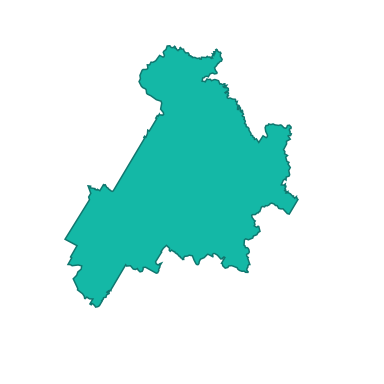 Wollondilly, New South Wales, Australia (Robinson projection), rotated 111°
{"feature_id": "25037944B50548000085953", "entity_name": "Wollondilly", "entity_type": "district", "adm_level": 2, "iso_a3": "AUS", "parent_name": "Australia", "parent_adm1": "New South Wales", "projection": "robinson", "projection_center": [150.422, -34.07], "detail": "fine", "context": "isolated", "style": "filled", "palette": "teal", "viewbox_px": 384, "rotation_deg": 111, "n_neighbors": 0, "source": "geoboundaries", "source_scale": "gbopen_adm2", "svg_char_len": 5986}
<svg xmlns="http://www.w3.org/2000/svg" viewBox="0 0 384 384"><g transform="rotate(111 192 192)"><path d="M104.0,120.2L102.1,120.1L101.9,121.6L100.1,122.2L99.9,123.0L98.7,123.5L97.6,123.2L97.3,122.4L95.9,122.7L94.7,125.0L95.7,126.7L97.6,126.7L98.9,127.3L99.1,129.2L97.6,132.4L97.7,133.5L98.8,135.0L99.6,138.6L99.4,140.7L100.8,142.5L101.0,144.8L102.5,144.9L103.4,146.7L105.7,146.8L109.0,144.9L111.9,141.9L113.4,141.5L114.7,142.2L114.1,145.8L121.8,147.4L119.3,151.0L120.5,152.5L118.9,153.5L118.9,154.7L117.6,155.7L117.7,157.5L116.2,157.9L114.0,160.8L112.2,161.7L111.5,163.2L111.6,164.8L109.5,165.8L109.2,167.5L107.0,167.5L106.0,168.4L105.6,169.6L104.8,169.4L103.3,170.1L103.3,171.8L102.8,172.5L100.9,171.8L100.0,173.0L99.7,174.3L98.9,173.5L98.2,173.8L97.7,174.6L98.9,175.3L99.0,175.9L96.2,176.9L95.8,177.6L96.7,178.2L98.3,178.1L98.6,179.1L96.1,179.9L95.0,178.5L94.4,179.1L94.5,181.1L94.0,181.9L91.3,182.2L91.9,182.8L91.8,183.7L90.6,184.1L89.9,184.9L90.7,187.3L90.6,190.1L91.5,191.4L91.5,192.7L90.4,193.4L89.1,192.5L88.7,193.8L87.1,193.2L86.4,193.5L85.9,194.8L87.7,196.1L87.4,196.8L85.5,195.7L84.4,194.3L82.4,195.2L82.1,196.2L82.9,199.4L82.6,200.5L81.8,199.9L81.6,198.1L79.9,197.8L81.1,199.5L79.2,200.1L79.5,200.9L80.8,201.6L80.6,203.8L81.2,204.7L78.6,207.1L78.7,210.4L79.0,211.4L81.1,213.7L80.2,215.3L81.3,217.4L81.1,218.5L84.5,219.2L84.3,220.2L85.0,222.2L81.8,222.9L81.0,221.7L79.5,221.1L78.5,219.4L78.7,218.1L75.1,217.4L73.5,215.3L73.7,213.3L72.4,211.3L71.4,211.5L70.1,213.6L67.9,215.5L65.3,214.4L62.7,214.0L62.6,213.5L60.3,212.7L59.3,211.4L57.3,211.4L55.4,214.0L53.0,215.0L52.2,214.6L51.3,215.6L51.8,216.8L51.4,218.3L50.2,219.5L50.0,220.3L50.7,220.8L51.2,220.2L52.6,220.4L53.2,221.8L53.7,221.3L54.5,221.5L54.2,220.6L54.7,220.2L55.2,220.5L55.2,221.2L55.7,221.1L55.8,222.2L56.8,220.7L57.2,221.7L58.6,221.9L59.4,221.1L59.4,221.6L60.0,221.6L59.8,222.0L60.2,222.7L59.5,223.5L60.3,225.4L59.9,226.4L61.4,227.0L62.8,231.4L64.7,231.0L65.0,232.4L64.2,232.9L65.5,235.1L65.3,237.5L66.3,239.7L65.7,240.0L65.9,241.5L65.3,241.8L65.6,243.8L64.5,244.0L63.5,245.4L64.4,247.9L62.9,250.3L61.7,251.1L62.3,252.9L61.2,254.5L61.6,254.9L63.3,254.5L64.2,255.7L65.0,255.8L64.4,257.6L63.6,258.1L63.8,259.3L62.6,259.5L62.2,260.5L63.7,261.1L64.3,262.1L64.5,263.5L63.4,265.1L64.6,267.5L68.2,267.3L70.8,268.8L71.9,268.9L74.4,266.7L75.9,266.7L76.5,267.4L76.1,271.2L82.5,272.9L84.9,274.9L85.5,276.8L88.5,277.1L89.3,279.3L91.9,277.7L92.9,277.7L93.9,278.5L95.2,281.6L96.2,282.2L101.8,282.4L104.8,280.7L107.9,281.0L111.4,277.2L112.2,275.4L112.4,272.4L112.9,271.5L116.0,269.8L116.6,268.7L116.9,264.8L118.6,258.4L118.3,253.5L119.9,252.1L125.9,251.0L128.1,247.2L129.8,246.3L130.9,246.9L130.8,247.7L131.2,248.0L131.5,250.0L131.0,250.4L133.6,250.8L133.2,251.8L136.0,252.3L136.2,251.2L150.4,253.7L150.1,255.5L153.5,254.5L157.2,254.6L156.9,256.3L158.4,256.5L158.6,255.5L219.1,265.9L220.1,266.8L219.8,269.0L219.2,269.7L219.3,270.7L218.3,272.1L218.3,273.2L216.3,275.6L216.6,276.2L217.5,276.4L217.0,277.3L223.8,278.5L223.4,281.3L224.2,281.4L224.4,283.6L223.6,283.8L224.6,288.3L222.9,288.7L223.5,291.2L229.5,286.0L233.7,286.7L236.0,284.9L281.6,293.6L283.3,280.1L296.2,282.1L296.6,280.7L304.1,281.8L303.4,279.6L303.8,277.5L300.9,272.1L300.5,268.5L303.8,267.8L307.5,269.9L311.1,269.8L315.6,271.8L323.0,264.1L324.4,263.8L326.2,257.7L328.1,255.1L329.8,254.1L329.8,253.5L327.8,252.5L328.5,249.4L327.4,246.2L333.1,247.2L333.4,245.7L332.0,245.5L331.9,245.0L332.8,242.4L334.0,240.7L332.8,238.8L331.3,237.7L325.9,236.8L325.7,237.3L324.1,236.5L322.4,236.7L321.1,234.6L318.7,234.9L316.5,233.0L315.9,233.5L316.3,235.2L316.1,235.6L314.3,234.5L315.3,233.5L313.4,233.5L313.2,232.3L312.1,232.6L283.7,227.8L284.6,226.6L282.9,223.0L285.0,219.2L284.6,217.0L283.0,215.5L284.2,214.3L285.2,211.9L283.9,210.1L282.0,209.9L279.9,210.5L278.9,208.4L280.6,196.3L279.8,195.1L277.2,194.8L276.2,195.4L273.6,195.1L272.1,195.5L269.3,195.0L270.9,196.7L272.0,197.0L272.2,197.8L271.9,199.6L270.2,201.0L259.0,198.8L258.7,199.5L254.8,198.6L251.0,196.7L252.6,192.8L254.5,192.4L255.2,191.1L253.5,190.2L254.2,187.7L253.9,186.8L254.7,186.0L255.2,184.2L254.9,183.9L256.6,180.9L256.5,179.9L257.4,179.3L257.5,177.6L258.4,176.7L257.9,175.6L256.8,176.2L254.8,175.9L253.3,173.1L252.0,172.0L251.4,168.8L254.9,165.6L257.7,162.4L258.0,161.2L257.6,160.3L256.4,159.9L254.3,160.3L251.7,160.0L248.9,157.1L244.6,155.2L244.4,154.1L245.0,149.4L244.3,149.4L243.7,150.3L242.9,150.5L241.7,149.8L241.3,148.7L241.8,145.7L244.2,141.1L243.4,139.6L242.8,139.9L241.2,138.9L241.4,137.8L248.0,138.9L247.9,138.2L249.9,136.8L251.2,133.7L249.6,131.5L247.8,131.1L246.5,128.5L246.5,122.7L247.7,121.4L248.2,119.5L248.1,116.9L247.2,115.0L247.8,113.2L247.0,111.0L246.4,111.0L245.4,112.8L243.9,113.3L241.9,112.9L241.1,113.4L239.6,113.2L239.0,112.0L233.8,116.3L233.0,116.0L232.4,117.8L231.0,118.6L229.7,118.1L229.3,117.3L227.5,117.0L225.5,118.2L224.5,119.4L224.2,120.7L224.8,122.2L223.2,123.4L223.0,124.4L217.9,125.9L216.5,125.1L216.4,122.2L213.2,118.8L211.1,118.9L208.7,116.2L206.0,115.7L204.4,114.4L200.3,117.3L200.3,118.1L201.8,118.9L201.3,121.8L199.8,121.6L198.1,122.9L196.4,122.6L196.3,123.6L194.2,126.8L192.5,127.9L191.5,127.5L190.4,124.9L188.0,123.5L187.7,122.6L186.4,122.4L186.0,121.7L181.5,121.8L180.3,121.2L179.9,118.9L178.4,118.5L177.9,116.7L175.9,115.1L174.8,114.9L173.8,113.6L173.8,111.0L174.7,109.3L174.2,107.7L176.2,105.1L175.9,102.8L175.1,101.1L178.0,95.3L177.8,93.3L161.0,90.4L160.5,91.7L159.8,92.0L159.8,92.7L159.0,92.9L161.0,94.0L160.4,94.6L160.3,95.9L159.4,96.0L159.7,96.9L158.4,99.5L158.2,102.0L157.3,102.5L158.8,103.0L159.2,104.0L157.6,103.8L157.5,105.9L156.4,105.4L155.6,106.5L154.4,106.1L153.8,106.8L152.9,106.4L152.7,107.5L151.2,107.8L152.7,108.8L153.3,111.2L148.2,111.0L146.7,109.9L147.1,108.5L144.3,109.4L142.4,107.1L140.9,107.0L137.3,109.4L133.9,109.0L131.5,112.4L129.6,112.1L129.4,114.4L125.9,117.0L123.7,115.9L123.1,119.3L120.9,119.8L119.8,121.7L113.2,120.9L110.8,122.0L107.5,119.2L105.2,122.4L104.6,122.0L104.0,120.2Z" fill="#14b8a6" stroke="#0f766e" stroke-width="1.5"/></g></svg>